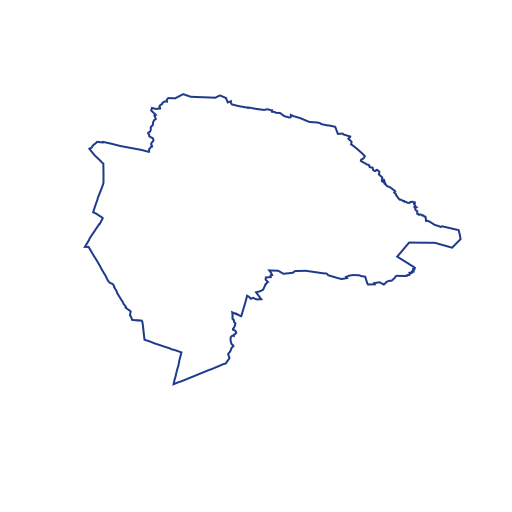 Stāmerienas pag., Gulbene, Latvia (Natural Earth projection), rotated 17°
{"feature_id": "27541924B77820831407347", "entity_name": "Stāmerienas pag.", "entity_type": "district", "adm_level": 2, "iso_a3": "LVA", "parent_name": "Latvia", "parent_adm1": "Gulbene", "projection": "natural_earth1", "projection_center": [26.964, 57.231], "detail": "fine", "context": "isolated", "style": "outline", "palette": "blue", "viewbox_px": 512, "rotation_deg": 17, "n_neighbors": 0, "source": "geoboundaries", "source_scale": "gbopen_adm2", "svg_char_len": 6083}
<svg xmlns="http://www.w3.org/2000/svg" viewBox="0 0 512 512"><g transform="rotate(17 256 256)"><path d="M411.4,220.9L410.9,220.6L391.2,215.3L392.8,211.7L398.5,198.4L423.2,191.1L441.1,190.7L446.7,180.1L444.5,175.8L442.2,172.0L425.3,173.2L425.0,173.3L424.3,174.2L424.0,174.2L421.8,174.0L417.7,174.0L412.2,172.4L408.7,172.2L408.8,172.6L408.3,172.7L406.9,169.3L406.6,168.9L406.2,169.2L405.5,169.1L404.7,168.5L404.0,168.3L403.0,168.7L402.4,168.2L401.8,168.1L400.7,168.4L400.4,168.8L399.7,168.7L399.4,168.9L398.8,168.7L398.6,168.4L397.9,168.5L397.1,166.0L395.5,165.6L394.8,165.0L394.8,164.3L393.3,163.0L394.8,162.3L393.9,162.0L393.6,161.6L393.6,161.3L392.2,160.3L391.8,159.8L391.9,159.4L392.4,159.4L392.5,159.0L391.9,158.7L391.9,158.3L390.8,158.6L389.9,158.3L388.0,159.2L387.8,159.7L387.5,159.8L387.0,160.5L384.7,160.8L383.7,160.4L382.0,160.7L381.6,160.1L380.6,160.4L380.1,160.1L377.4,159.8L377.0,160.1L374.6,158.8L373.5,157.6L372.5,157.3L371.8,155.8L370.6,155.4L369.6,154.9L370.2,153.6L369.6,153.1L365.0,151.4L363.7,151.1L360.4,150.7L359.7,150.0L357.6,149.2L357.5,148.9L358.1,148.3L357.3,147.6L357.0,147.6L355.8,148.0L354.5,147.6L354.4,147.4L354.5,147.3L356.0,147.0L356.4,146.8L356.6,146.3L356.2,145.8L355.1,146.2L354.7,146.3L354.3,146.1L353.9,145.7L354.2,145.0L354.1,144.5L353.7,144.0L352.9,143.5L351.6,143.1L351.1,142.7L349.9,142.2L349.6,142.0L349.5,139.7L348.9,139.1L347.0,138.3L346.2,138.3L345.8,138.7L345.6,139.6L345.3,139.8L344.5,140.0L343.3,139.8L342.9,139.6L341.7,137.4L339.7,137.7L338.7,137.7L338.2,137.3L337.9,136.3L337.3,136.0L336.6,135.9L335.6,136.1L332.8,135.4L328.5,134.5L328.4,133.1L329.5,132.2L330.6,130.7L330.7,129.1L330.9,128.9L330.9,128.7L328.7,127.4L321.1,123.9L315.7,121.8L314.3,121.5L314.1,119.0L312.0,117.7L310.6,117.3L310.0,116.7L311.2,114.6L311.2,114.2L304.1,114.2L303.1,113.6L298.6,115.3L294.0,109.3L287.7,109.8L286.5,110.2L279.9,110.8L278.0,110.1L277.6,110.3L276.2,110.3L267.8,112.2L257.5,111.2L250.8,111.3L248.1,110.9L248.6,112.9L248.0,113.6L247.0,113.9L245.1,113.8L243.3,114.1L240.2,113.4L238.7,112.7L237.0,112.2L234.5,113.0L232.9,113.2L231.8,112.8L229.1,113.4L228.8,112.5L228.8,112.0L227.3,112.3L225.1,112.2L223.5,112.5L221.6,113.7L220.6,114.1L219.0,114.2L218.0,114.5L216.8,114.6L216.4,114.8L214.7,114.9L214.6,115.1L214.1,115.2L205.8,116.1L205.2,116.4L205.5,116.6L205.2,116.8L204.0,116.5L203.6,116.7L202.8,116.7L201.5,117.2L200.5,117.0L197.8,117.5L194.4,117.8L190.5,118.0L188.8,118.1L187.6,117.4L187.0,116.5L186.8,115.4L184.1,117.4L182.4,115.3L181.4,114.3L181.3,113.7L174.7,113.0L172.9,114.5L170.9,116.5L147.1,122.8L139.1,122.5L132.5,128.9L126.0,130.6L125.6,131.2L125.0,133.0L125.7,134.4L123.5,134.9L121.8,136.8L121.9,137.9L120.0,140.3L120.0,141.6L120.9,142.2L121.2,143.0L117.0,144.7L113.2,144.8L113.2,147.5L118.9,150.3L117.8,151.3L120.1,154.3L118.8,156.1L118.5,158.3L119.1,160.8L118.2,162.5L117.8,163.1L117.8,164.2L118.3,165.4L118.5,166.6L118.3,167.9L118.1,168.5L116.9,169.5L116.8,170.0L118.5,171.5L118.7,172.5L119.7,173.0L123.0,173.6L124.0,175.1L124.2,175.5L124.1,176.0L123.1,178.2L122.9,179.6L124.2,180.9L124.6,181.8L123.6,182.2L123.4,183.3L123.0,184.3L122.6,184.8L122.7,185.7L123.1,186.8L123.1,187.8L115.9,188.0L94.0,190.5L85.0,190.9L76.4,191.6L76.4,192.2L70.7,193.3L70.3,194.2L67.8,197.8L67.1,200.5L65.9,201.5L65.3,202.2L71.9,206.7L79.7,210.6L81.2,211.6L83.0,212.3L86.6,223.5L88.7,230.5L88.8,233.0L88.6,236.0L87.9,245.3L87.7,246.3L87.9,248.2L87.6,253.9L87.5,261.8L90.7,262.2L97.9,264.3L98.2,264.4L98.4,264.8L97.1,271.4L96.7,271.4L91.7,288.1L91.7,289.4L89.7,297.3L93.3,296.3L99.8,302.3L102.7,304.9L103.0,305.0L108.8,310.3L112.8,314.3L116.8,317.9L117.1,318.0L121.6,322.9L123.9,324.3L127.5,324.8L129.4,326.6L129.7,327.1L129.5,327.3L133.3,330.7L133.8,331.8L140.7,337.9L141.3,338.2L143.3,340.4L146.6,342.8L147.0,343.6L146.9,343.7L152.1,345.5L152.4,345.8L152.8,349.6L154.2,350.6L156.2,353.3L162.4,352.1L162.2,351.9L165.7,351.2L166.5,352.1L168.0,355.1L172.0,364.5L173.9,368.7L180.1,368.8L184.3,369.2L200.8,369.6L202.8,369.9L206.3,369.7L212.9,370.0L213.2,377.7L213.9,384.1L213.8,386.8L214.0,391.4L214.3,394.9L214.3,398.3L214.7,402.7L219.1,399.1L221.2,397.7L243.6,379.4L246.8,377.0L256.6,368.8L258.4,367.8L260.5,361.5L260.0,360.5L258.4,358.6L258.2,358.3L258.1,357.6L258.3,356.9L258.9,355.8L259.4,353.9L259.4,351.9L259.9,350.1L260.8,348.9L260.6,348.4L260.4,348.2L258.9,347.6L258.4,347.3L257.6,346.2L257.0,345.4L256.1,343.3L255.7,342.0L255.6,341.2L256.4,339.4L256.9,339.0L257.5,338.8L258.2,338.9L258.1,338.4L257.8,338.2L258.0,337.5L258.5,337.2L259.1,336.2L259.3,335.6L259.5,335.4L259.4,334.9L258.6,333.9L257.5,333.4L255.5,333.2L255.3,332.3L255.9,331.0L256.1,329.7L256.1,328.7L256.3,328.2L256.0,327.6L256.0,326.4L254.3,325.5L253.9,324.3L253.4,323.9L253.2,323.3L252.3,323.2L251.9,322.9L251.5,321.8L251.5,321.3L251.3,321.1L251.1,320.3L251.2,320.2L249.7,316.8L254.5,317.4L254.4,317.0L258.9,318.0L259.5,317.9L259.4,303.8L259.1,296.6L261.3,297.1L263.6,298.4L264.6,297.5L265.7,296.8L267.1,297.2L269.9,297.2L273.6,295.8L266.7,290.7L269.8,288.8L271.2,287.6L272.7,286.0L273.1,282.8L273.8,279.7L273.7,279.7L274.1,279.1L274.6,277.6L274.9,277.4L272.1,275.8L271.7,273.6L276.3,271.9L275.6,270.3L277.0,269.5L275.1,267.5L272.9,265.9L281.5,263.6L287.0,264.9L287.9,264.8L296.1,261.3L297.7,259.0L307.9,255.6L325.9,252.8L326.8,252.5L328.5,252.2L329.1,252.3L330.8,253.3L340.9,253.2L344.6,253.0L349.5,250.5L348.3,249.6L351.4,247.2L354.3,245.9L360.0,244.3L362.8,244.4L366.5,243.9L370.3,249.5L371.5,250.5L377.8,248.4L376.9,247.4L381.8,245.0L386.5,245.9L386.6,245.4L387.4,244.8L388.2,242.8L390.5,240.8L392.1,240.3L393.0,239.8L395.2,236.2L395.3,235.2L395.4,234.9L396.4,233.8L397.5,233.4L398.8,233.2L402.9,231.9L404.3,231.6L404.8,231.2L406.0,231.0L406.2,230.1L406.7,229.7L407.8,229.6L407.9,229.4L408.3,229.1L408.2,228.4L408.5,228.0L408.4,227.8L408.0,227.6L407.7,227.2L408.5,226.9L408.8,227.1L409.5,226.7L410.0,226.6L410.2,226.0L409.9,225.4L409.6,225.2L409.8,224.9L411.3,224.8L411.2,224.4L410.4,224.2L410.5,223.5L410.4,223.3L410.5,223.1L410.1,222.6L410.8,222.3L411.4,222.3L411.4,222.1L411.1,222.0L411.3,221.7L411.2,221.2L411.4,220.9Z" fill="none" stroke="#1e3a8a" stroke-width="2"/></g></svg>